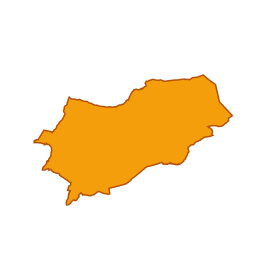 Cacica, Suceava, Romania, rotated 142°
{"feature_id": "2599482B8508193610540", "entity_name": "Cacica", "entity_type": "district", "adm_level": 2, "iso_a3": "ROU", "parent_name": "Romania", "parent_adm1": "Suceava", "projection": "natural_earth1", "projection_center": [25.884, 47.647], "detail": "fine", "context": "isolated", "style": "filled", "palette": "amber", "viewbox_px": 256, "rotation_deg": 142, "n_neighbors": 0, "source": "geoboundaries", "source_scale": "gbopen_adm2", "svg_char_len": 5732}
<svg xmlns="http://www.w3.org/2000/svg" viewBox="0 0 256 256"><g transform="rotate(142 128 128)"><path d="M223.7,105.1L222.6,104.4L221.9,104.1L220.2,104.3L219.5,104.0L218.3,104.7L215.3,104.9L214.8,104.8L214.9,104.4L214.9,104.2L214.8,103.9L214.3,103.3L213.2,102.9L212.8,102.9L211.2,103.5L210.0,103.8L208.9,104.0L208.9,104.6L208.5,105.0L208.1,105.3L207.5,105.4L206.9,105.7L205.8,105.6L205.0,105.9L204.9,105.1L204.9,103.4L204.9,102.9L203.8,102.9L203.5,102.1L202.9,101.6L202.2,100.9L200.3,98.6L198.9,97.6L198.2,97.3L196.6,97.0L196.3,96.8L196.0,96.4L193.3,96.4L192.1,96.5L190.5,96.1L190.0,95.9L189.6,95.3L189.0,94.0L188.7,93.8L188.6,93.5L188.4,93.1L187.9,92.3L187.3,91.2L185.8,89.8L184.8,88.5L183.6,87.5L183.1,87.3L182.8,87.6L180.0,92.2L177.3,91.0L176.5,90.5L174.9,89.8L170.1,87.7L164.7,85.5L163.6,85.2L158.5,85.1L157.1,85.3L156.5,85.7L155.3,85.8L154.0,85.5L152.2,85.5L142.1,85.8L141.9,85.9L139.6,85.9L139.2,86.2L138.6,86.0L137.0,85.9L136.7,85.7L136.1,85.6L135.5,85.1L134.9,84.8L126.2,81.3L125.5,81.0L124.8,81.2L124.5,81.1L124.2,80.7L122.7,80.2L122.7,79.6L122.2,79.1L122.5,78.6L122.6,77.7L121.6,77.3L121.6,77.2L120.2,76.3L120.4,75.9L119.0,75.0L118.6,75.1L118.1,75.1L117.6,74.9L117.4,74.5L116.9,74.6L115.9,74.4L115.7,74.1L115.7,73.8L116.2,73.2L115.8,73.0L115.4,72.6L115.1,72.7L114.8,72.5L114.8,72.2L114.2,71.6L114.2,71.2L113.7,70.9L113.3,70.9L113.2,70.8L113.2,70.6L113.0,70.0L112.6,69.8L112.8,69.5L112.7,69.3L112.1,69.1L111.7,68.7L111.2,68.5L110.5,68.6L110.6,68.3L110.6,68.2L110.2,68.2L109.8,67.9L109.1,67.7L107.8,67.6L107.4,67.5L105.5,67.5L104.5,67.7L103.8,68.1L103.0,68.3L102.4,68.3L101.5,68.3L100.9,69.0L100.0,69.5L99.2,69.6L98.3,70.1L97.0,71.0L95.9,71.4L94.7,71.6L93.1,75.4L92.7,75.7L90.4,75.8L89.6,75.9L88.6,75.7L87.4,75.0L87.1,74.8L86.7,74.8L86.3,74.6L85.9,74.8L85.2,74.8L84.7,75.1L83.5,75.1L82.6,75.2L81.9,74.9L81.2,74.5L80.5,74.5L79.2,74.0L78.9,73.8L77.1,74.0L73.2,73.7L72.0,72.9L68.7,71.0L65.6,70.0L65.7,71.1L65.5,71.8L63.5,73.1L63.3,74.3L63.0,74.8L63.1,76.4L64.2,79.8L63.5,79.6L61.6,78.7L59.7,77.6L58.0,76.2L56.8,75.1L55.7,73.4L53.3,72.0L52.2,71.5L51.1,71.6L49.5,71.7L47.2,71.5L44.1,71.9L43.0,73.6L42.5,73.8L38.2,73.5L39.3,86.4L39.9,92.1L32.3,108.4L34.6,116.1L36.2,123.6L36.8,123.6L38.5,124.1L40.7,125.0L41.7,125.2L43.2,126.0L43.8,126.5L44.4,126.9L46.6,127.9L48.5,128.1L49.1,128.0L49.7,128.1L50.2,128.6L50.4,129.0L51.4,129.9L53.0,131.0L53.1,131.6L57.2,134.2L58.8,134.9L61.8,137.1L66.8,140.2L70.1,142.0L71.7,144.1L72.3,145.3L72.9,146.0L74.7,146.8L75.2,147.3L75.4,147.6L77.2,149.3L77.7,150.2L79.1,151.4L79.7,151.6L80.2,151.5L80.7,151.7L81.0,152.0L81.5,152.2L82.4,152.5L84.1,152.6L84.7,153.6L85.2,153.3L86.1,153.2L86.9,152.8L86.9,152.0L87.4,150.7L87.7,150.0L91.2,150.4L91.7,150.3L91.8,150.1L92.4,150.1L92.6,149.9L93.2,150.0L93.2,151.0L95.7,151.2L96.7,152.2L97.3,153.1L98.0,153.7L98.5,153.9L99.3,154.1L99.6,154.5L99.8,154.5L100.0,154.4L100.1,154.2L100.8,154.1L101.4,153.8L101.9,153.9L102.4,153.7L103.2,153.8L103.7,153.5L107.8,151.5L110.7,149.7L111.4,150.6L112.3,150.7L112.6,150.7L113.0,150.2L113.4,150.0L117.7,149.7L118.2,150.3L118.7,150.5L120.0,150.7L120.1,151.0L120.4,151.3L121.3,151.6L123.2,151.9L124.5,151.9L124.8,152.4L125.2,152.8L125.5,153.0L126.5,153.3L128.2,154.7L129.0,155.7L129.7,156.2L131.5,157.2L132.0,157.6L133.7,159.6L137.5,163.2L137.9,164.2L138.1,164.7L138.7,165.3L139.7,166.1L140.2,166.7L141.1,168.3L141.5,169.5L141.8,170.1L143.1,171.5L143.4,172.0L143.5,172.9L143.9,174.1L146.6,176.6L147.7,178.2L148.1,179.5L148.5,180.2L148.7,180.5L150.2,181.0L150.7,181.3L151.0,181.7L151.8,183.1L152.4,183.8L153.2,184.3L154.6,185.5L154.9,186.1L155.3,188.5L157.1,187.5L159.6,185.7L160.0,185.6L160.5,185.0L160.9,184.8L160.9,184.7L161.2,184.3L161.7,184.1L161.8,183.9L162.5,183.8L164.0,184.1L165.0,183.8L165.5,183.6L165.6,183.1L165.9,182.8L166.5,182.3L166.9,182.2L167.1,181.9L167.5,181.6L168.4,180.9L168.5,180.7L168.7,179.9L168.6,178.9L168.7,178.4L169.0,178.0L169.3,177.6L169.8,177.2L170.8,176.9L173.5,175.6L174.9,175.1L175.4,175.0L178.1,174.8L178.7,174.7L180.2,174.0L181.2,173.7L182.5,173.6L183.0,173.4L184.1,172.4L185.6,171.8L185.9,171.8L186.5,171.9L187.2,171.8L188.0,171.9L188.4,171.3L188.8,171.2L189.6,171.4L190.8,171.0L191.0,171.4L191.0,171.7L190.8,172.0L190.9,172.5L191.1,172.8L193.7,175.8L194.4,176.7L194.7,177.0L194.9,177.1L195.6,178.0L206.1,174.1L206.8,174.7L207.6,175.3L208.9,174.9L209.5,175.7L210.0,175.4L211.0,174.2L210.0,173.6L206.6,170.6L206.1,170.3L205.3,168.8L205.0,168.7L204.2,167.2L203.8,167.2L203.7,167.2L204.2,166.2L202.0,165.4L202.1,165.8L201.8,166.1L201.6,164.9L201.3,164.4L200.7,163.8L200.2,163.0L200.4,162.5L200.3,161.3L200.3,160.1L200.4,159.4L200.9,159.0L201.5,158.2L201.7,157.8L201.9,157.1L202.3,156.8L202.9,156.5L204.1,155.6L205.2,154.2L207.1,152.9L209.3,152.4L210.1,151.6L210.5,151.4L211.2,150.7L211.6,150.8L211.8,151.1L211.8,151.8L212.1,151.9L212.6,151.6L213.5,150.5L216.1,149.6L217.6,149.4L218.3,149.6L219.4,149.0L219.9,149.0L220.0,148.7L221.3,147.8L221.2,147.6L220.6,147.3L219.7,146.3L219.3,146.1L218.9,145.9L218.1,145.9L217.2,145.5L216.3,145.4L215.7,145.1L215.6,144.9L216.3,143.4L214.3,142.9L214.3,142.3L214.3,140.5L213.9,139.4L213.9,138.8L213.3,138.2L212.6,137.2L212.5,136.9L212.3,136.7L211.8,136.2L211.0,135.2L210.7,135.0L210.6,134.8L210.5,134.2L210.6,133.4L211.0,133.0L210.8,132.1L209.5,128.7L208.9,126.2L208.3,125.0L207.9,124.0L207.8,122.7L207.5,121.2L206.9,120.8L206.5,120.3L207.8,119.0L208.6,118.4L209.4,118.3L210.6,118.7L212.8,116.6L214.0,116.3L214.0,116.1L213.8,115.9L213.1,114.9L212.8,114.7L212.0,114.3L212.0,114.2L212.3,113.8L213.3,113.5L213.9,113.3L214.2,113.3L215.6,112.4L215.4,112.2L216.1,111.8L216.7,111.1L217.1,111.0L217.9,110.0L218.5,109.4L219.7,109.0L221.3,108.3L222.5,107.3L222.8,106.7L223.3,106.0L223.6,105.5L223.7,105.1Z" fill="#f59e0b" stroke="#b45309" stroke-width="1.5"/></g></svg>